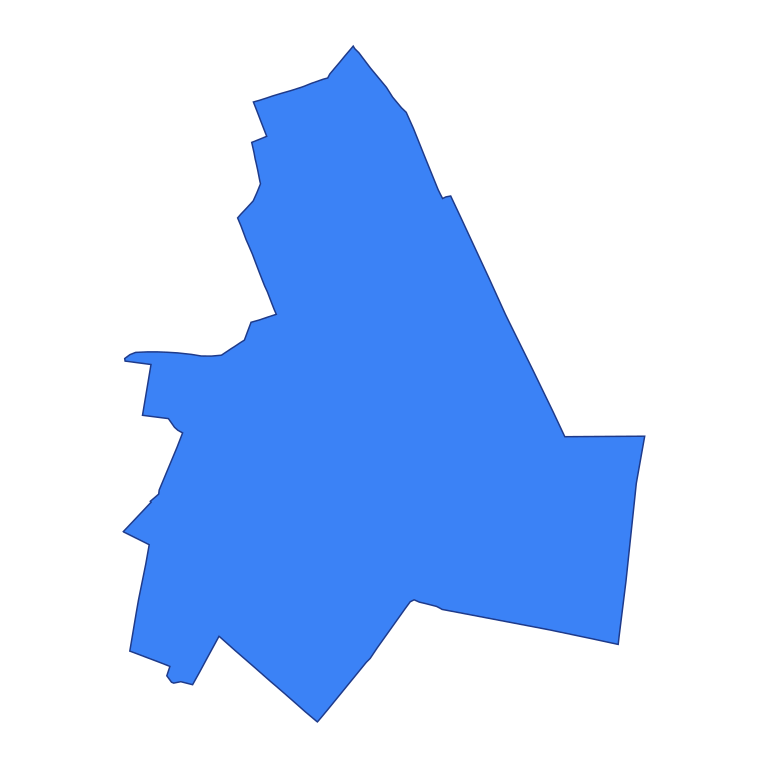 outline of Iratosu, Arad, Romania
{"feature_id": "2599482B18379406714424", "entity_name": "Iratosu", "entity_type": "district", "adm_level": 2, "iso_a3": "ROU", "parent_name": "Romania", "parent_adm1": "Arad", "projection": "equal_earth", "projection_center": [21.188, 46.294], "detail": "fine", "context": "isolated", "style": "filled", "palette": "blue", "viewbox_px": 768, "rotation_deg": 0, "n_neighbors": 0, "source": "geoboundaries", "source_scale": "gbopen_adm2", "svg_char_len": 2091}
<svg xmlns="http://www.w3.org/2000/svg" viewBox="0 0 768 768"><path d="M618.2,644.4L619.1,636.4L623.6,600.3L626.0,581.0L634.3,502.5L636.3,483.4L644.7,436.2L564.8,436.7L555.4,416.7L553.1,411.8L549.4,404.2L532.6,369.5L508.8,321.3L505.3,314.1L489.1,278.4L460.9,217.7L450.7,196.0L445.9,196.9L442.6,198.5L440.3,194.1L438.1,189.6L424.6,156.3L413.5,128.6L406.2,112.3L401.4,107.7L392.6,97.1L386.4,87.3L370.4,68.0L361.7,56.5L359.0,52.9L354.8,48.7L353.2,46.1L350.1,49.8L345.0,55.8L339.0,63.1L334.4,68.5L329.8,74.0L327.7,78.0L323.2,79.2L311.2,83.4L304.3,86.2L301.5,87.2L290.9,90.6L281.1,93.4L272.8,95.9L266.3,98.1L259.8,100.2L253.4,102.0L257.0,111.2L260.1,119.3L260.2,119.6L263.3,127.6L266.7,136.3L260.7,138.8L251.7,142.4L254.0,152.6L255.2,159.1L256.1,162.8L257.7,170.1L259.8,180.9L260.5,183.8L256.8,192.9L253.2,200.9L246.6,208.1L240.9,214.1L237.6,217.9L241.0,226.0L243.7,233.2L246.1,239.7L248.2,244.4L252.5,254.4L255.2,261.6L255.8,263.2L259.3,272.4L262.0,279.3L264.6,285.9L267.4,291.9L269.3,296.9L271.9,303.7L274.3,309.8L276.3,314.3L268.0,317.0L259.2,320.0L251.0,322.3L250.8,323.0L247.5,331.7L244.4,340.1L242.0,341.6L240.4,342.6L234.3,346.7L231.1,348.7L221.4,355.2L211.4,356.1L201.2,356.0L191.5,354.4L177.7,352.9L167.8,352.3L157.8,351.9L147.3,351.9L135.6,352.4L130.0,354.6L124.7,358.5L125.1,361.1L151.0,364.5L142.5,415.3L168.4,418.6L174.5,427.3L178.0,430.4L182.6,432.9L177.1,447.1L159.2,490.0L158.7,494.1L150.3,501.3L151.1,502.2L130.8,523.7L123.3,531.6L123.7,532.0L149.2,544.7L145.8,563.9L138.5,599.9L136.5,611.3L129.8,651.1L159.7,662.4L169.9,666.4L166.8,675.8L171.5,682.2L173.7,683.1L180.8,681.7L192.6,684.7L199.6,672.1L207.2,658.0L219.0,636.3L219.7,636.8L235.3,650.7L253.2,666.2L270.8,681.7L274.7,685.0L289.1,697.5L301.8,708.7L305.4,711.9L316.7,721.4L317.4,721.9L318.5,720.7L327.2,710.3L366.3,662.3L370.2,658.4L377.2,647.9L404.9,609.0L410.2,601.8L414.1,599.8L419.3,602.1L425.6,603.6L436.5,606.4L440.2,608.3L442.0,609.4L549.6,629.9L550.2,630.0L556.3,631.3L592.2,638.8L594.5,639.3L606.1,641.8L611.6,643.0L613.1,643.3L617.1,644.2L618.2,644.4Z" fill="#3b82f6" stroke="#1e3a8a" stroke-width="1.5"/></svg>